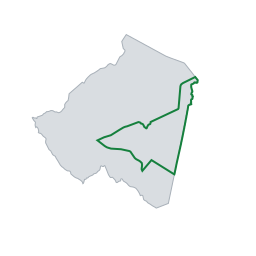 where Adrar sits in Algeria, rotated 245°
{"feature_id": "DZA-2143", "entity_name": "Adrar", "entity_type": "Province", "adm_level": 1, "iso_a3": "DZA", "parent_name": "Algeria", "parent_adm1": "", "projection": "albers", "projection_center": [0.561, 25.317], "detail": "fine", "context": "in_parent", "style": "outline", "palette": "green", "viewbox_px": 256, "rotation_deg": 245, "n_neighbors": 0, "source": "natural_earth", "source_scale": "10m", "svg_char_len": 6457}
<svg xmlns="http://www.w3.org/2000/svg" viewBox="0 0 256 256"><g transform="rotate(245 128 128)"><path d="M177.7,45.5L177.9,45.9L177.9,46.4L177.3,46.8L176.8,47.1L176.3,48.3L175.3,49.1L175.2,49.4L175.2,49.6L175.9,49.9L176.2,50.2L176.3,50.7L176.1,52.3L175.8,55.2L175.8,55.8L176.1,56.6L176.4,57.1L176.6,57.8L176.6,59.4L176.9,60.3L177.2,61.2L176.7,62.3L176.5,63.2L176.4,64.6L176.4,65.5L176.0,66.3L175.5,67.1L174.9,67.6L174.2,68.0L173.4,68.6L172.8,70.0L171.4,71.3L171.1,71.7L171.0,72.7L171.1,74.0L171.4,75.0L172.2,76.5L172.9,78.1L173.2,79.0L173.4,79.3L174.3,79.8L175.9,80.5L176.2,80.8L177.0,81.9L177.9,84.0L178.2,85.3L181.0,87.3L183.8,89.0L184.0,89.3L185.8,95.6L186.4,97.8L188.8,105.9L188.1,106.4L187.2,107.0L187.9,108.1L189.3,109.8L190.1,111.2L190.4,111.9L191.1,113.6L191.7,115.4L191.9,115.9L192.2,117.3L192.2,121.0L192.9,125.7L193.5,128.0L192.9,130.2L192.4,132.3L192.5,133.3L193.0,134.9L193.4,136.1L193.9,136.7L194.0,138.7L193.8,139.4L192.5,140.5L191.0,141.6L190.6,142.4L190.5,143.4L190.8,144.1L195.8,150.5L196.0,151.2L196.2,153.1L197.1,155.4L198.0,156.4L198.4,157.2L199.0,157.7L199.6,158.0L200.0,158.1L202.0,157.3L205.6,158.1L209.0,158.9L209.2,159.1L211.4,162.6L213.4,165.9L177.1,192.7L173.0,196.6L163.5,206.1L162.7,206.6L149.6,209.7L142.8,211.2L142.5,211.2L142.1,211.3L141.8,211.3L141.2,211.0L140.5,210.5L140.0,210.2L139.9,209.8L140.1,209.2L140.5,208.7L140.6,208.3L140.8,208.0L141.1,207.8L141.1,207.4L140.9,206.8L140.6,206.0L140.6,204.6L140.6,203.9L140.0,203.4L138.8,202.8L137.7,202.5L137.2,202.4L136.0,202.2L134.3,201.8L133.7,201.5L132.6,200.2L132.1,199.9L129.5,199.7L128.7,199.5L128.0,199.2L127.4,198.7L127.1,198.0L127.0,197.4L126.8,197.1L124.0,195.7L123.3,195.2L122.9,194.7L122.9,194.1L123.0,193.2L122.9,192.5L122.8,192.1L75.6,157.3L73.1,155.5L67.5,151.3L42.6,132.7L43.4,120.5L43.5,119.8L43.7,119.6L44.5,119.2L45.9,118.2L46.4,117.8L47.0,117.4L49.2,116.1L49.7,115.8L51.9,114.3L52.4,114.1L53.5,114.0L54.0,113.7L54.6,113.1L55.6,112.4L56.2,112.1L56.3,112.1L56.7,112.0L58.6,112.4L59.4,112.6L60.3,112.8L60.7,112.7L60.9,112.5L61.3,112.0L61.4,111.4L61.5,110.9L61.5,110.6L62.1,110.6L62.7,110.7L63.8,110.7L64.2,110.7L65.5,110.6L67.3,110.4L70.0,109.7L71.2,108.8L72.2,107.9L73.2,106.4L74.0,105.2L75.5,104.4L76.8,104.0L77.5,103.9L79.2,103.2L81.9,101.4L84.1,101.2L84.4,101.0L84.7,100.7L84.8,100.1L84.4,99.6L84.0,99.4L83.7,99.2L83.3,99.1L83.2,98.8L83.3,98.3L83.4,97.8L83.6,97.3L83.5,96.6L83.2,95.9L83.2,95.4L83.2,95.0L83.4,94.6L83.8,94.3L84.4,94.3L85.1,94.4L86.4,94.3L89.8,93.2L90.0,92.8L90.2,92.0L90.5,91.3L90.8,91.1L91.0,91.0L93.7,90.6L94.3,90.6L99.2,90.9L103.4,91.1L103.8,91.0L103.8,90.4L103.5,89.5L103.7,88.9L104.3,88.3L105.1,87.7L104.8,86.9L104.2,86.4L103.3,85.8L102.9,85.5L102.1,84.8L101.7,83.9L101.4,82.1L100.8,81.1L100.5,79.9L100.9,77.6L100.3,76.2L100.3,75.7L100.3,75.0L100.4,73.8L100.4,72.1L99.7,70.3L100.1,69.7L100.2,69.4L100.2,69.2L99.6,68.6L99.3,68.1L99.5,67.7L99.8,67.1L99.8,66.8L98.8,66.1L97.3,64.8L96.8,64.3L96.6,63.6L98.1,63.8L98.9,63.7L100.8,62.9L102.2,61.9L103.4,61.3L104.4,60.2L105.3,59.4L106.6,58.6L110.3,56.9L110.9,56.9L112.1,57.3L113.2,57.2L113.9,56.6L114.7,55.1L115.9,54.2L117.4,53.3L119.5,52.5L120.8,51.7L123.0,51.0L128.4,50.5L131.1,50.1L133.0,50.2L134.9,48.9L135.8,48.5L139.9,48.3L141.8,47.3L149.2,47.1L150.1,47.4L151.0,47.9L152.5,49.0L153.3,49.2L154.2,48.9L156.4,47.7L159.0,47.1L160.3,46.3L160.9,45.3L162.0,44.9L162.7,45.7L165.4,46.3L167.0,46.0L167.7,45.7L167.4,44.6L169.1,44.8L170.4,45.3L171.9,46.3L172.8,46.5L174.4,45.9L177.7,45.5Z" fill="#d9dde1" stroke="#a8b0b8" stroke-width="1"/><path d="M73.1,155.5L71.7,154.4L70.3,153.4L68.9,152.3L67.5,151.3L66.6,150.6L66.4,150.4L66.5,150.3L89.0,135.7L83.1,122.9L84.7,122.9L86.1,123.6L86.9,124.2L88.9,125.3L90.5,125.7L92.5,124.9L93.7,124.2L96.2,122.3L97.3,121.7L98.2,121.4L105.6,120.2L106.6,119.4L111.7,112.7L116.5,103.9L119.2,100.9L120.0,100.3L121.5,99.3L129.7,95.1L129.7,102.4L128.7,109.4L129.9,119.1L130.4,124.1L130.3,126.0L129.9,128.0L129.0,139.6L129.0,139.8L128.9,140.1L128.7,140.3L128.4,140.7L128.1,140.9L127.6,141.5L126.6,141.6L126.4,141.8L125.9,142.5L125.7,142.7L125.6,142.8L125.3,143.0L124.7,143.2L123.5,143.2L123.4,143.2L123.1,143.3L122.5,143.2L121.9,143.3L121.2,143.8L120.6,144.0L120.2,144.2L120.0,144.4L119.9,144.6L119.9,144.8L120.0,144.9L120.7,145.6L122.0,147.3L122.1,147.5L122.2,147.8L122.3,148.0L122.3,148.6L122.2,149.5L122.3,149.9L123.7,151.0L123.9,151.1L123.9,151.3L124.0,181.4L124.2,181.7L124.6,182.2L143.6,193.1L144.5,193.9L145.1,194.8L145.5,196.9L145.8,210.5L145.2,210.6L143.7,211.0L142.8,211.2L142.1,211.4L141.9,211.4L141.7,211.3L141.5,211.2L140.9,210.7L140.5,210.5L140.4,210.4L140.2,210.3L140.0,210.2L139.9,209.9L139.9,209.6L140.1,209.4L140.1,209.2L140.3,209.1L140.5,208.9L140.5,208.7L140.5,208.4L140.6,208.2L140.8,208.1L140.9,207.9L141.1,207.8L141.2,207.6L141.2,207.4L140.9,207.1L140.9,206.9L140.9,206.7L140.7,206.4L140.6,206.1L140.6,205.8L140.7,203.9L140.6,203.7L140.4,203.6L140.1,203.5L140.0,203.4L139.5,203.1L138.4,202.6L136.0,202.1L135.5,202.1L134.7,202.0L134.5,201.9L134.1,201.8L134.0,201.7L133.8,201.7L133.6,201.6L133.2,200.9L132.9,200.5L132.6,200.2L132.0,199.7L131.9,199.6L131.7,199.6L131.3,199.8L131.0,200.1L130.8,200.2L130.6,200.2L130.1,200.0L129.9,199.9L129.7,199.9L129.5,200.0L129.4,200.1L129.2,200.1L129.1,199.8L129.0,199.6L128.9,199.5L128.6,199.5L128.4,199.5L128.2,199.4L127.2,198.6L127.1,198.4L127.1,197.7L127.1,197.4L126.9,197.2L126.3,196.7L126.0,196.6L125.7,196.5L125.5,196.4L125.4,196.4L125.0,196.3L124.7,196.2L124.4,195.9L124.2,195.6L123.9,195.4L123.7,195.5L123.4,195.5L123.2,195.5L122.9,195.5L122.8,195.3L122.8,195.1L122.8,194.9L123.0,194.1L123.1,193.1L123.0,192.9L122.9,192.3L122.8,192.1L121.8,191.4L121.0,190.9L120.3,190.4L119.5,189.9L118.8,189.4L118.1,188.8L117.3,188.3L116.6,187.8L115.8,187.3L115.1,186.8L114.4,186.2L113.6,185.7L113.0,185.3L112.9,185.2L112.2,184.7L111.4,184.1L110.7,183.6L110.0,183.1L109.2,182.6L108.5,182.0L107.8,181.5L107.0,181.0L106.3,180.5L105.6,179.9L104.9,179.4L104.1,178.9L103.4,178.3L102.7,177.8L101.9,177.3L101.2,176.7L100.5,176.2L99.8,175.7L99.1,175.2L98.3,174.6L97.6,174.1L96.9,173.6L96.2,173.0L95.4,172.5L94.7,171.9L94.0,171.4L93.3,170.9L92.6,170.3L91.9,169.8L91.1,169.3L90.4,168.7L89.7,168.2L89.0,167.6L88.3,167.1L87.6,166.6L86.9,166.0L86.2,165.5L85.6,165.0L84.9,164.5L84.3,164.0L83.6,163.5L83.0,163.0L82.3,162.5L81.7,162.0L81.0,161.5L80.4,161.0L79.7,160.5L79.1,160.0L78.4,159.5L77.8,159.0L77.1,158.5L76.5,158.0L75.6,157.3L75.0,156.9L74.4,156.4L73.7,155.9L73.1,155.5Z" fill="none" stroke="#15803d" stroke-width="2"/></g></svg>